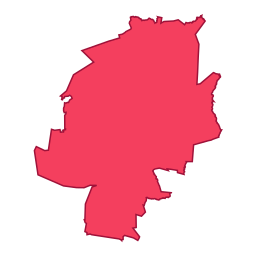 San Juan del Río, Durango, Mexico (Robinson projection)
{"feature_id": "50627088B83051794831634", "entity_name": "San Juan del Río", "entity_type": "district", "adm_level": 2, "iso_a3": "MEX", "parent_name": "Mexico", "parent_adm1": "Durango", "projection": "robinson", "projection_center": [-104.386, 24.795], "detail": "fine", "context": "isolated", "style": "filled", "palette": "rose", "viewbox_px": 256, "rotation_deg": 0, "n_neighbors": 0, "source": "geoboundaries", "source_scale": "gbopen_adm2", "svg_char_len": 5722}
<svg xmlns="http://www.w3.org/2000/svg" viewBox="0 0 256 256"><path d="M91.6,234.7L119.0,238.9L120.5,239.5L121.7,240.6L121.7,239.8L123.1,239.5L123.1,236.7L124.6,235.4L133.5,237.9L137.8,240.4L139.0,238.3L139.6,236.8L132.9,228.1L136.2,227.5L136.0,214.5L141.5,216.2L145.4,212.1L143.2,205.1L144.2,205.4L145.1,202.4L146.2,200.8L146.5,198.2L146.2,197.6L146.3,197.5L147.2,197.4L147.9,197.9L148.3,198.4L148.7,198.2L149.3,198.3L149.5,198.6L150.5,198.6L151.3,199.0L152.0,198.6L152.2,198.8L152.7,198.9L153.3,198.7L153.7,198.9L154.5,198.6L154.9,198.6L155.2,198.7L155.6,199.1L156.2,199.1L156.5,199.5L157.8,199.6L158.2,200.0L158.6,199.9L159.1,199.7L159.6,199.7L159.8,199.2L160.1,198.8L160.9,198.8L161.3,198.5L161.8,198.5L162.1,198.4L162.7,198.3L162.8,197.9L163.0,197.8L163.6,198.2L164.0,198.0L164.6,198.3L165.1,198.4L165.5,197.7L166.1,197.2L166.7,197.3L167.3,197.1L168.0,197.5L168.4,197.5L169.1,196.8L169.5,196.7L169.9,196.5L170.1,196.1L170.1,195.1L169.9,194.5L169.7,193.6L170.1,193.2L170.7,192.9L171.1,192.9L171.2,192.7L161.1,191.7L159.4,185.8L158.6,184.4L158.5,183.7L157.4,181.6L157.7,180.8L157.6,179.9L157.4,179.2L157.2,179.0L156.2,179.0L156.0,178.2L156.2,177.6L156.3,176.6L156.0,176.4L155.1,175.3L154.5,174.2L154.2,174.3L153.9,173.9L154.0,173.5L153.6,172.5L153.0,171.4L152.9,171.2L153.1,171.0L152.9,170.7L153.6,169.7L155.2,168.9L159.4,168.1L168.3,170.6L167.3,168.9L170.8,169.3L177.4,170.4L177.5,172.6L184.0,174.4L183.8,173.7L184.0,172.3L184.6,171.8L183.8,170.5L183.7,170.1L184.0,169.8L184.4,169.8L184.5,169.7L184.5,169.2L184.2,168.8L184.2,168.6L184.7,168.2L184.8,168.0L184.6,167.8L184.2,167.6L184.3,167.3L185.1,167.2L185.3,167.0L185.3,166.7L184.7,166.0L184.7,165.8L185.3,164.9L185.5,163.9L185.8,163.3L186.1,163.1L186.6,162.3L186.7,162.0L186.4,161.6L192.3,161.6L193.6,144.8L208.3,140.7L211.1,140.1L213.0,139.2L218.8,137.1L218.6,136.3L218.7,136.0L218.8,136.0L219.1,135.5L219.0,135.3L219.2,134.8L219.4,134.2L220.0,133.4L220.0,132.9L220.3,132.2L220.9,131.3L220.9,131.0L221.3,130.6L221.6,129.9L220.9,130.0L220.5,129.6L220.2,128.7L220.0,128.4L219.8,127.9L219.5,126.8L219.2,126.0L218.8,125.3L218.4,124.2L217.3,123.4L217.1,123.1L217.2,122.9L217.2,122.6L216.5,121.8L216.2,121.5L216.3,121.2L216.2,120.9L216.3,120.7L216.1,120.4L216.3,120.0L216.4,119.4L216.5,118.9L216.4,118.1L216.2,117.6L215.9,117.2L215.3,116.9L215.2,116.6L215.4,116.0L215.1,115.8L215.2,115.4L215.0,114.5L213.7,113.5L213.4,113.0L213.0,112.6L212.8,112.2L212.6,111.5L212.5,111.2L211.9,110.9L211.9,110.5L211.7,109.9L212.4,109.3L212.5,108.3L212.3,107.9L211.8,107.2L212.6,106.0L212.9,104.5L212.3,103.9L212.4,103.7L212.4,103.0L211.9,102.9L211.8,102.3L212.8,101.7L212.6,100.9L213.7,101.3L212.3,99.5L212.5,98.8L212.2,98.0L212.7,97.1L213.2,96.4L213.1,96.1L213.3,95.8L213.2,95.5L212.8,94.8L211.6,94.6L211.6,93.4L212.6,92.1L212.6,91.9L212.7,91.3L213.5,90.1L214.8,88.7L215.5,87.6L215.5,87.0L215.2,86.8L215.1,86.4L215.2,86.0L215.6,85.9L215.9,84.9L216.7,83.9L216.6,83.7L216.3,83.7L216.3,83.1L216.6,82.4L217.0,81.7L217.0,81.1L217.2,80.4L218.1,79.8L218.6,79.3L219.2,78.4L219.3,78.1L220.4,77.1L220.5,76.8L220.3,75.9L220.2,75.8L219.4,76.0L219.0,75.2L219.7,74.3L219.5,74.1L218.6,74.3L218.3,74.1L215.7,73.7L214.3,72.9L213.4,72.6L200.2,83.8L196.9,84.4L197.6,72.2L198.2,57.2L198.9,44.2L195.3,34.4L205.1,21.1L204.9,20.6L204.3,20.3L204.3,19.9L203.6,18.8L203.4,18.7L203.1,19.1L201.8,17.5L201.7,17.2L201.8,17.0L201.5,16.6L201.8,15.4L201.0,15.8L200.7,15.8L200.5,16.5L200.6,16.8L200.4,17.0L200.1,17.0L200.0,17.5L199.9,17.5L199.3,17.4L198.4,17.5L197.6,17.3L196.9,17.4L196.9,17.9L196.7,18.1L196.8,18.4L197.2,18.4L197.4,18.7L197.3,19.1L197.0,19.3L196.4,19.4L196.0,20.4L195.4,21.0L195.0,21.1L194.4,21.3L193.8,21.2L193.5,21.4L193.2,21.3L192.6,21.7L192.8,22.0L192.5,22.2L192.6,22.4L191.9,22.9L190.8,22.4L190.1,22.4L189.7,22.5L189.2,23.0L188.6,22.8L187.5,23.0L186.0,22.5L184.6,24.7L178.2,19.8L173.5,21.0L164.0,21.5L160.9,23.2L161.8,17.7L158.1,16.9L158.4,17.2L158.2,17.5L157.8,17.6L157.8,17.9L157.5,18.3L157.4,18.3L157.0,18.6L157.2,19.1L157.1,19.4L157.2,19.7L157.2,20.2L156.9,20.3L156.7,20.8L156.9,21.3L156.9,22.0L156.6,22.2L156.2,22.7L155.7,22.8L155.5,22.7L155.0,23.0L155.0,22.5L154.8,22.2L154.0,21.7L153.9,21.1L153.6,20.3L153.3,20.2L152.9,19.7L152.5,19.4L151.8,19.5L151.7,19.4L151.2,19.4L150.3,18.7L149.8,18.5L149.4,18.2L148.9,18.3L148.8,18.5L147.8,19.5L147.1,19.9L146.6,20.0L146.0,19.9L144.5,20.4L144.1,20.1L143.6,20.3L143.4,20.2L143.3,20.3L142.7,20.2L142.3,20.4L142.2,20.3L141.9,20.6L141.6,20.2L141.5,19.9L141.2,19.7L141.1,19.3L140.9,19.1L140.7,19.3L140.8,19.1L140.6,19.1L140.3,18.7L140.0,18.7L139.7,18.5L139.2,18.4L139.1,17.9L138.6,17.4L138.3,17.4L138.0,17.2L137.6,17.2L137.0,16.9L136.3,17.1L136.0,16.8L135.8,16.9L135.4,16.7L135.3,16.9L135.1,16.9L134.8,17.2L134.4,17.0L134.2,17.1L133.9,17.0L133.8,16.8L133.5,16.5L132.7,16.5L132.3,16.7L131.7,16.7L131.5,17.0L131.1,16.8L131.0,17.0L130.4,17.3L130.9,20.1L129.6,21.8L129.3,23.2L131.3,28.0L130.8,29.1L125.9,31.6L124.9,32.6L122.3,34.2L118.9,34.9L119.7,37.9L108.6,41.2L81.9,50.6L93.7,62.1L73.5,74.8L66.5,90.9L60.5,96.0L62.0,96.4L61.9,99.0L61.7,99.1L61.6,99.5L62.1,99.7L62.4,98.8L62.7,99.2L63.0,98.5L63.5,98.0L64.4,97.9L64.4,97.1L64.7,96.5L68.2,96.2L69.7,95.3L70.8,96.0L71.5,96.7L72.1,98.5L69.8,99.9L68.5,102.5L67.5,102.4L65.9,103.1L64.6,102.8L64.3,106.5L63.9,107.3L63.6,108.2L63.6,110.9L64.3,112.7L66.0,112.3L65.9,113.8L64.7,115.4L64.8,129.1L65.5,129.0L65.5,129.7L64.1,129.8L62.8,130.3L63.7,131.0L63.5,132.0L61.8,131.9L61.5,132.2L60.5,132.2L60.0,129.6L54.7,130.3L51.5,129.3L48.4,150.2L44.7,150.6L36.3,146.6L34.4,150.6L38.0,174.8L63.5,185.9L76.5,187.6L84.1,187.7L90.1,185.3L96.7,185.4L92.1,187.0L85.4,204.0L84.9,219.9L84.3,219.8L85.2,222.6L86.4,223.4L84.9,231.6L86.9,232.5L87.0,234.7L90.1,234.0L91.6,234.7Z" fill="#f43f5e" stroke="#9f1239" stroke-width="1.5"/></svg>